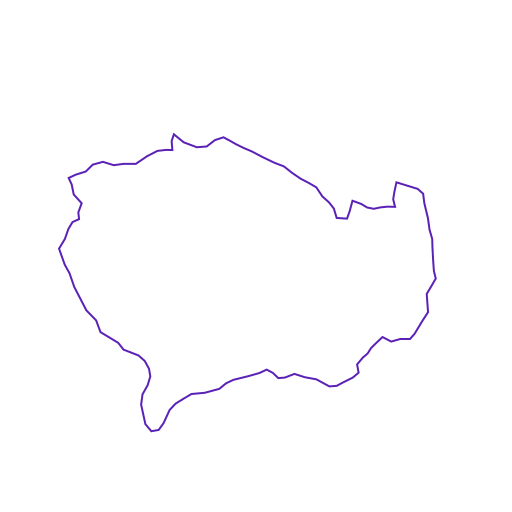 Turiúba, São Paulo, Brazil (Albers equal-area conic projection), rotated 335°
{"feature_id": "56859067B31952652280306", "entity_name": "Turiúba", "entity_type": "district", "adm_level": 2, "iso_a3": "BRA", "parent_name": "Brazil", "parent_adm1": "São Paulo", "projection": "albers", "projection_center": [-50.105, -20.938], "detail": "fine", "context": "isolated", "style": "outline", "palette": "violet", "viewbox_px": 512, "rotation_deg": 335, "n_neighbors": 0, "source": "geoboundaries", "source_scale": "gbopen_adm2", "svg_char_len": 1626}
<svg xmlns="http://www.w3.org/2000/svg" viewBox="0 0 512 512"><g transform="rotate(335 256 256)"><path d="M360.5,396.3L366.7,393.6L373.3,389.2L379.4,385.1L388.2,379.6L394.7,362.5L401.5,357.9L409.4,352.4L410.9,344.7L415.1,333.8L419.8,322.2L422.9,315.1L424.4,305.5L427.8,294.4L429.3,287.0L430.9,279.2L433.8,270.2L430.9,263.5L414.4,248.6L408.5,256.4L404.3,262.6L402.8,270.2L395.9,266.8L389.2,264.5L382.7,263.0L377.2,259.0L373.4,253.3L366.8,246.7L359.9,254.9L354.3,260.6L345.2,255.6L346.6,245.9L344.8,238.2L341.3,230.0L339.7,219.3L334.8,212.2L329.1,204.8L324.0,196.2L319.1,186.5L312.2,179.4L304.2,169.7L296.2,159.2L290.5,152.9L285.1,146.2L281.2,140.7L276.7,134.7L267.8,133.6L257.6,135.9L248.3,132.4L238.5,122.4L233.0,111.0L228.1,116.2L225.0,124.6L219.0,121.7L211.1,119.1L199.7,119.5L186.0,121.7L174.9,116.5L165.5,113.6L157.1,106.0L146.7,104.2L137.4,107.5L126.9,106.1L119.2,106.1L119.2,113.2L116.8,123.2L120.3,134.5L113.4,141.4L111.2,147.8L104.1,147.7L97.4,152.2L90.1,159.7L80.6,166.1L79.0,183.0L79.7,192.8L78.2,207.3L79.3,233.6L83.9,246.8L82.9,259.3L94.4,276.4L96.4,284.9L107.5,296.5L110.8,304.1L111.4,312.9L109.3,320.5L103.1,327.4L94.7,333.4L89.1,342.1L84.7,361.6L87.1,370.6L94.3,372.5L101.6,368.4L112.7,359.0L120.8,355.8L130.1,354.7L139.2,353.8L151.7,358.3L166.6,360.9L175.2,358.7L183.3,358.7L198.5,361.7L209.7,363.5L217.7,363.5L221.9,369.1L224.6,376.1L230.8,378.4L241.0,379.1L249.0,386.5L258.6,393.3L267.4,405.2L274.3,407.8L280.9,407.4L292.3,407.1L299.7,405.1L301.8,397.0L309.7,393.3L316.0,391.5L321.5,388.0L327.7,385.8L336.4,382.9L342.4,390.7L351.7,392.2L360.5,396.3Z" fill="none" stroke="#5b21b6" stroke-width="2"/></g></svg>